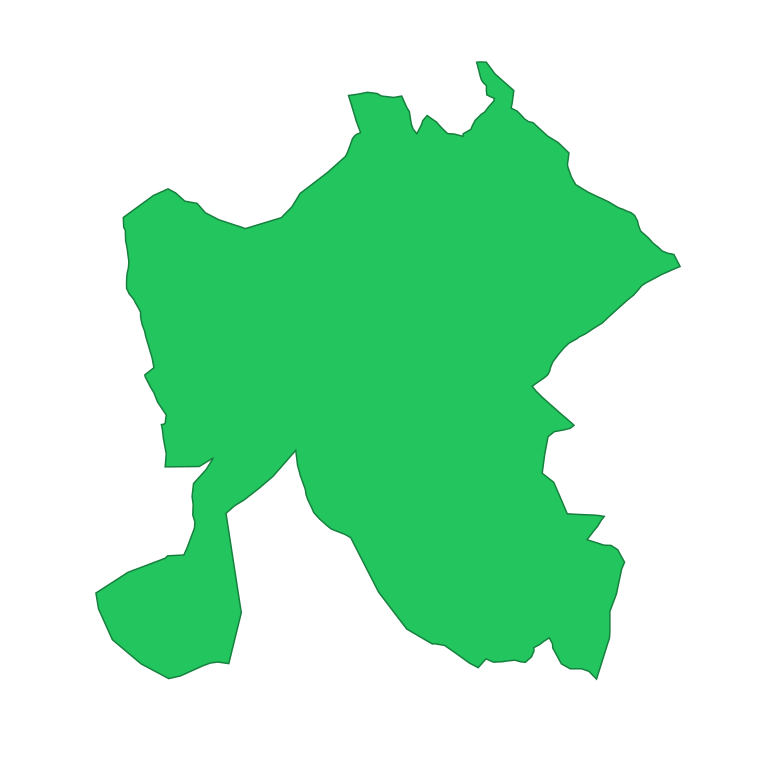 outline of Ahiazu-Mbaise, Imo, Nigeria, rotated 265°
{"feature_id": "59680162B56887411771488", "entity_name": "Ahiazu-Mbaise", "entity_type": "district", "adm_level": 2, "iso_a3": "NGA", "parent_name": "Nigeria", "parent_adm1": "Imo", "projection": "albers", "projection_center": [7.273, 5.552], "detail": "fine", "context": "isolated", "style": "filled", "palette": "green", "viewbox_px": 768, "rotation_deg": 265, "n_neighbors": 0, "source": "geoboundaries", "source_scale": "gbopen_adm2", "svg_char_len": 3670}
<svg xmlns="http://www.w3.org/2000/svg" viewBox="0 0 768 768"><g transform="rotate(265 384 384)"><path d="M105.9,584.2L110.9,586.4L117.2,587.4L137.8,589.2L154.5,597.2L178.9,604.6L185.5,608.1L198.6,602.3L203.4,596.1L204.3,589.0L211.2,572.7L219.4,580.2L223.7,584.5L229.3,588.5L232.9,591.9L234.2,586.8L235.2,581.1L237.1,566.4L238.7,555.3L255.1,549.9L271.3,544.5L281.3,533.8L299.6,537.9L317.2,542.8L321.7,549.5L322.5,558.3L323.6,565.6L326.3,569.7L329.4,566.9L341.2,555.4L350.9,546.2L356.9,540.6L363.6,534.9L368.9,531.4L372.3,537.2L375.2,542.4L377.3,545.8L379.2,548.2L383.0,550.4L385.5,551.1L391.2,554.0L398.4,560.5L404.1,566.2L408.5,571.7L412.6,580.7L413.6,581.9L416.5,589.2L420.9,597.2L424.2,603.6L425.6,606.6L430.8,613.1L437.2,621.5L446.4,633.8L450.8,640.4L455.7,645.6L459.3,649.0L461.5,652.9L462.8,655.8L465.6,662.5L468.8,669.8L473.8,684.5L475.2,689.2L487.7,684.1L488.5,682.0L489.4,678.3L492.2,672.8L496.0,669.4L500.9,664.3L506.6,660.0L514.0,653.0L516.0,652.4L520.5,651.2L524.5,650.7L530.1,648.3L533.0,645.3L535.3,640.5L536.9,637.9L539.2,632.9L541.4,629.8L545.9,623.6L548.4,619.4L552.2,612.7L557.4,603.9L565.9,592.3L573.7,588.8L584.4,586.0L586.8,585.9L598.0,588.4L609.2,578.7L616.8,568.5L631.4,555.2L632.8,550.8L635.9,547.0L638.8,544.9L644.2,540.5L647.8,534.7L652.4,536.1L665.0,538.9L683.2,521.6L695.7,513.9L696.5,507.2L696.4,504.3L692.1,505.2L691.5,505.2L686.8,506.0L682.8,506.6L678.6,507.5L675.2,509.4L672.3,512.1L668.3,511.6L663.1,511.6L660.6,515.6L659.0,518.8L656.3,518.1L651.5,512.9L646.1,507.9L644.2,504.4L638.7,497.8L634.0,494.8L631.7,493.5L630.3,493.0L628.9,490.2L626.4,484.7L623.8,484.2L625.2,480.6L626.9,475.7L627.9,469.2L632.8,464.9L637.2,461.4L640.3,459.2L644.0,454.7L647.7,450.4L643.1,445.7L638.5,443.6L634.2,440.9L630.5,438.5L635.5,435.2L640.4,433.9L645.6,433.5L653.2,433.0L657.2,430.9L669.3,426.7L668.6,418.7L671.1,406.6L674.0,402.4L676.0,393.0L675.0,383.1L674.5,373.8L667.2,375.4L658.1,377.3L653.5,378.3L648.6,379.2L637.6,382.3L636.4,382.5L635.9,381.0L635.2,378.6L633.7,376.3L631.0,373.9L625.0,371.2L617.9,367.8L614.1,365.5L599.6,346.1L581.1,317.0L568.6,307.8L558.6,296.1L555.2,279.9L550.9,259.5L562.0,233.8L570.1,221.0L580.2,213.6L583.5,201.5L592.4,193.2L597.2,185.9L591.9,170.7L572.6,138.8L566.2,138.5L562.6,138.4L559.7,139.7L549.3,139.1L541.9,139.9L534.8,140.2L528.2,140.5L522.4,139.6L516.4,137.7L512.4,137.0L507.0,136.3L501.5,135.9L499.7,136.7L496.2,137.9L492.0,140.8L490.1,142.1L486.7,143.4L483.1,145.1L476.8,147.8L472.6,147.4L468.3,147.7L464.0,148.3L457.3,150.2L452.7,150.7L429.9,155.3L420.3,156.2L413.9,146.5L411.8,146.8L401.5,151.0L395.4,154.0L385.6,156.9L376.4,162.0L372.0,164.4L368.0,163.4L363.9,162.6L363.1,160.8L363.0,158.7L357.3,159.3L348.7,159.5L333.4,161.0L320.5,158.8L317.9,192.7L325.4,207.7L314.2,199.3L301.5,185.6L288.7,183.0L280.8,183.4L270.2,182.1L262.9,183.6L256.9,182.6L237.5,173.3L231.1,169.7L231.7,153.5L229.5,150.8L218.7,112.5L200.9,78.8L184.9,80.0L153.0,91.1L126.3,117.7L109.3,143.9L110.9,155.7L119.0,178.8L121.2,186.8L121.5,194.2L119.0,205.0L168.6,221.9L269.0,215.3L275.8,224.7L280.7,234.5L291.1,250.6L301.7,265.4L325.6,290.3L310.6,290.8L304.4,291.9L299.4,292.8L294.6,294.1L289.0,295.6L285.9,296.4L280.2,296.8L275.1,298.1L267.5,301.0L262.1,302.8L255.1,308.1L247.8,315.0L244.5,318.4L242.7,321.6L237.8,331.6L233.9,337.4L177.1,360.5L137.9,385.3L120.8,409.5L120.8,411.9L118.3,421.6L108.9,432.8L98.4,445.0L93.2,453.1L101.3,461.7L97.4,468.7L97.0,477.7L97.3,481.8L97.5,490.2L95.4,495.8L94.4,500.5L99.4,507.2L104.8,510.1L108.3,510.3L110.9,516.4L112.8,519.3L113.7,520.7L116.7,526.5L110.5,529.2L106.3,529.1L89.8,536.3L84.1,544.6L83.1,555.9L79.9,563.1L71.5,570.0L105.9,584.2Z" fill="#22c55e" stroke="#15803d" stroke-width="1.5"/></g></svg>